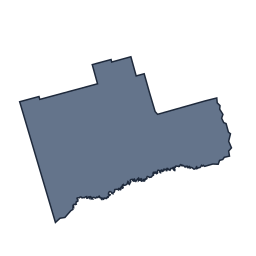 Petroleum, Montana, United States of America, rotated 74°
{"feature_id": "52423323B42061541752", "entity_name": "Petroleum", "entity_type": "district", "adm_level": 2, "iso_a3": "USA", "parent_name": "United States of America", "parent_adm1": "Montana", "projection": "albers", "projection_center": [-107.962, 47.174], "detail": "fine", "context": "isolated", "style": "filled", "palette": "slate", "viewbox_px": 256, "rotation_deg": 74, "n_neighbors": 0, "source": "geoboundaries", "source_scale": "gbopen_adm2", "svg_char_len": 4548}
<svg xmlns="http://www.w3.org/2000/svg" viewBox="0 0 256 256"><g transform="rotate(74 128 128)"><path d="M186.0,64.9L186.0,56.4L187.7,51.3L184.4,48.9L184.4,45.6L182.7,43.5L183.0,38.2L177.9,37.6L175.6,34.0L168.5,34.9L161.8,31.1L159.7,32.6L150.8,32.5L149.2,34.5L144.4,35.3L141.1,33.0L135.2,34.7L131.9,33.4L128.4,35.3L123.6,34.4L123.2,46.4L123.0,95.8L119.7,97.4L99.9,97.6L80.3,97.5L80.2,105.8L60.3,105.6L60.1,125.5L57.5,125.4L57.2,144.9L77.1,145.1L76.2,204.9L73.2,204.9L72.9,224.9L198.8,223.8L196.0,218.2L196.6,213.3L191.7,205.7L191.1,203.4L187.9,202.4L188.7,202.0L187.3,201.7L186.5,201.0L186.7,200.0L187.1,199.6L187.0,198.8L186.5,198.9L185.5,198.5L184.4,197.8L184.7,197.2L184.5,196.4L183.1,195.9L182.4,196.4L181.4,196.4L181.2,195.5L181.7,194.0L181.1,192.9L181.7,191.7L182.4,191.6L182.6,191.0L182.5,190.3L183.0,189.0L182.5,188.0L182.5,186.7L183.4,186.9L184.2,186.9L184.3,185.9L183.8,185.7L183.6,185.2L183.4,185.0L183.9,184.5L184.5,184.3L185.1,184.1L184.7,183.9L184.2,183.9L183.5,183.6L183.6,182.9L184.3,182.5L185.4,182.5L186.1,182.6L186.4,181.7L186.2,181.8L185.6,181.7L185.1,180.9L185.3,179.8L186.4,178.7L186.3,177.8L185.8,177.3L185.8,177.0L186.4,176.7L186.5,176.0L185.7,175.1L185.6,174.5L186.0,174.5L186.4,174.2L186.9,174.4L187.3,174.2L187.4,173.6L188.3,173.0L188.7,173.3L189.2,173.0L188.7,172.8L188.2,172.4L188.5,171.9L188.6,172.0L189.2,171.9L189.8,171.3L189.7,171.0L189.4,170.5L188.8,170.1L189.1,169.7L189.2,169.2L189.3,168.7L189.8,168.5L189.8,168.0L189.3,167.7L189.2,166.8L189.2,166.2L188.7,166.0L188.4,166.3L188.0,165.3L187.8,164.1L187.2,163.5L186.9,163.8L186.7,164.3L186.2,165.0L185.2,164.7L184.1,163.5L184.1,162.9L185.3,161.5L186.4,161.5L186.9,160.8L186.7,160.8L186.3,160.0L185.7,158.8L184.6,158.1L183.9,158.0L183.5,157.6L183.6,157.1L183.8,155.9L183.3,155.5L183.5,155.6L184.1,155.2L184.4,154.5L184.9,154.1L184.7,154.0L184.2,154.1L183.6,153.6L183.9,153.0L184.2,152.7L184.8,152.6L185.3,152.2L185.2,151.9L184.6,151.9L183.9,152.1L183.4,151.3L183.7,150.7L184.3,150.2L184.3,149.5L183.9,149.1L182.9,149.1L183.0,149.8L182.4,150.2L182.2,149.6L181.9,148.8L181.6,148.9L181.3,148.9L181.1,148.1L181.7,148.2L182.2,146.9L182.1,145.7L181.6,144.3L180.0,143.3L179.4,142.8L179.8,142.6L180.3,142.9L181.1,142.8L181.4,142.1L181.7,141.9L182.1,142.2L182.2,142.5L182.6,142.3L181.9,141.5L181.5,141.5L181.0,140.6L180.2,140.1L179.8,140.4L178.8,140.2L178.5,139.7L178.3,139.1L178.7,138.3L178.6,137.7L179.1,137.1L179.2,137.8L179.6,138.0L180.0,137.8L180.8,137.0L180.8,136.1L180.2,136.1L179.3,136.4L179.0,136.5L178.8,136.0L179.6,135.7L180.4,135.8L181.5,135.2L180.8,134.3L179.9,133.3L179.4,132.5L179.0,131.6L179.8,131.5L180.5,131.5L180.9,132.3L181.6,132.5L181.3,131.9L181.4,130.9L180.6,130.3L180.3,129.4L181.0,128.9L181.2,129.1L181.3,129.6L182.2,130.1L182.9,129.6L182.9,129.0L182.7,128.7L182.8,127.9L183.3,127.6L183.5,126.7L183.2,126.4L182.4,126.4L182.5,126.9L181.8,127.1L181.9,126.2L182.4,125.8L182.2,125.1L181.7,125.0L181.6,124.4L182.0,124.3L182.4,124.5L181.6,123.6L180.7,123.6L179.9,123.4L179.9,123.5L179.9,122.8L180.3,122.2L180.5,121.7L181.4,121.0L181.6,119.0L180.8,118.0L180.3,117.3L180.5,117.3L180.5,116.8L180.2,116.4L179.4,116.3L179.5,116.5L178.5,116.5L177.6,115.8L177.8,114.9L178.1,115.5L178.6,115.9L178.8,115.3L178.5,114.5L178.1,114.1L178.0,113.8L178.3,113.1L179.3,113.6L179.8,113.2L179.6,112.2L179.1,111.8L178.6,111.8L177.9,111.6L177.3,111.3L176.8,110.7L177.1,110.2L177.7,109.4L178.7,109.5L179.6,109.5L180.0,109.0L179.1,108.6L178.4,108.3L177.6,107.6L177.9,106.8L178.6,106.5L178.8,106.3L178.7,106.5L179.0,107.0L179.3,106.7L179.1,106.2L178.8,105.1L178.1,105.2L177.5,104.8L177.8,104.3L177.9,103.7L178.8,102.9L179.5,103.0L179.7,102.4L178.6,101.8L178.0,102.0L177.6,101.6L177.9,100.9L179.3,100.5L179.6,99.8L180.2,99.3L179.8,98.7L179.2,98.8L178.6,97.8L179.6,95.8L180.9,95.6L181.5,95.2L181.8,94.8L181.5,94.6L180.9,94.4L180.5,94.4L180.0,94.7L179.5,94.8L179.3,94.5L178.8,94.6L179.0,95.0L178.5,95.3L178.6,94.5L179.0,93.8L178.8,93.3L178.3,93.3L177.8,92.3L178.3,91.4L178.6,90.1L179.1,89.9L179.1,89.0L178.0,88.2L177.7,87.4L178.3,86.8L178.9,86.9L179.3,86.3L178.9,85.8L179.5,85.0L180.6,84.3L181.3,83.9L181.0,83.5L180.8,83.0L181.1,83.0L181.3,82.5L181.1,82.5L181.2,81.6L181.9,81.8L182.8,81.3L182.7,80.9L182.4,80.3L182.1,80.4L181.8,79.8L182.7,79.3L183.7,79.4L183.6,78.9L183.2,78.3L184.0,77.1L185.0,76.5L185.7,76.0L185.8,75.4L185.6,74.2L186.0,73.4L185.4,73.3L184.5,73.3L184.2,72.7L185.1,72.7L185.9,72.2L185.7,71.3L185.8,69.6L185.2,68.7L184.6,68.1L184.2,67.7L184.7,67.5L185.1,66.8L184.8,66.6L184.6,65.9L185.3,65.5L186.0,64.9Z" fill="#64748b" stroke="#1e293b" stroke-width="1.5"/></g></svg>